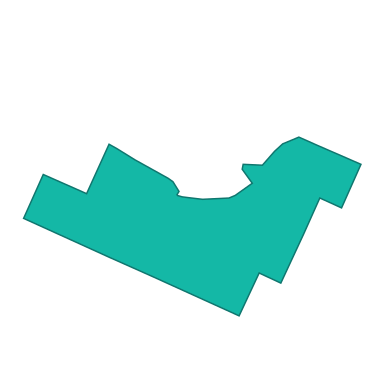 outline of Bay, Michigan, United States of America, rotated 294°
{"feature_id": "52423323B76929039895694", "entity_name": "Bay", "entity_type": "district", "adm_level": 2, "iso_a3": "USA", "parent_name": "United States of America", "parent_adm1": "Michigan", "projection": "albers", "projection_center": [-83.928, 43.738], "detail": "fine", "context": "isolated", "style": "filled", "palette": "teal", "viewbox_px": 384, "rotation_deg": 294, "n_neighbors": 0, "source": "geoboundaries", "source_scale": "gbopen_adm2", "svg_char_len": 569}
<svg xmlns="http://www.w3.org/2000/svg" viewBox="0 0 384 384"><g transform="rotate(294 192 192)"><path d="M99.4,48.9L98.7,143.4L98.7,190.6L98.0,285.4L145.3,286.3L144.9,310.2L198.9,311.1L238.5,311.2L238.3,335.1L286.0,335.1L285.6,287.1L285.6,267.3L272.9,255.3L262.8,250.9L245.1,245.4L238.1,227.5L233.2,228.6L224.5,243.5L206.5,232.9L201.5,228.2L189.6,204.6L185.6,191.7L183.6,185.1L182.9,180.3L183.4,179.4L187.2,179.9L193.6,170.5L194.8,164.8L198.2,126.6L201.0,106.3L201.9,96.8L147.6,96.4L147.5,49.0L99.4,48.9Z" fill="#14b8a6" stroke="#0f766e" stroke-width="1.5"/></g></svg>